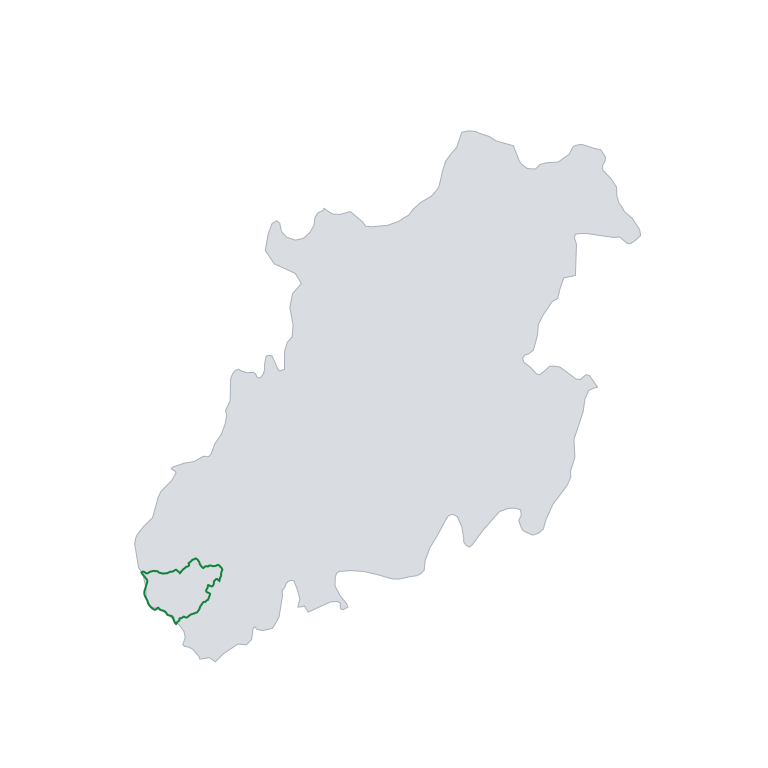 Severno-Backi on a map of Republic of Serbia (Albers equal-area conic projection), rotated 254°
{"feature_id": "SRB-274", "entity_name": "Severno-Backi", "entity_type": "District", "adm_level": 1, "iso_a3": "SRB", "parent_name": "Republic of Serbia", "parent_adm1": "", "projection": "albers", "projection_center": [19.626, 45.896], "detail": "fine", "context": "in_parent", "style": "outline", "palette": "green", "viewbox_px": 768, "rotation_deg": 254, "n_neighbors": 0, "source": "natural_earth", "source_scale": "10m", "svg_char_len": 7374}
<svg xmlns="http://www.w3.org/2000/svg" viewBox="0 0 768 768"><g transform="rotate(254 384 384)"><path d="M425.5,292.4L442.7,297.4L450.5,302.3L454.8,308.8L465.8,312.9L483.6,314.6L496.1,321.0L503.4,332.3L514.7,329.2L529.8,311.6L545.1,306.7L560.5,314.2L569.0,320.6L570.6,325.8L567.2,328.1L558.7,327.4L551.9,330.9L546.7,338.5L546.2,346.6L550.3,354.9L555.9,360.5L563.0,363.5L566.9,367.8L567.6,373.4L569.4,374.8L565.6,377.6L561.4,381.6L559.2,388.4L559.0,399.2L545.7,408.1L540.6,409.9L538.5,415.5L535.5,431.5L536.3,443.3L538.4,449.3L539.4,454.2L544.0,460.2L548.4,469.3L551.5,481.5L557.8,490.8L573.4,499.5L581.2,504.7L587.1,512.3L591.6,519.2L604.6,528.2L604.0,535.0L601.5,541.7L598.7,544.9L592.7,553.7L586.8,558.7L577.3,574.1L561.3,575.5L557.5,576.8L551.6,581.2L548.9,588.7L552.0,594.7L551.9,600.7L549.4,612.7L553.7,625.2L559.6,630.7L560.6,634.0L559.9,640.0L551.8,652.3L549.4,656.9L541.0,659.4L538.0,658.3L533.5,654.3L529.4,653.2L519.4,658.5L509.1,661.8L500.9,659.7L492.9,659.7L487.4,661.8L483.2,662.7L475.1,668.2L462.0,672.3L455.9,671.6L453.5,666.8L450.9,659.8L452.0,656.6L460.6,650.9L461.4,645.6L472.9,620.0L475.0,611.7L475.1,609.0L471.8,607.3L465.2,607.5L435.5,597.9L436.5,586.1L427.8,579.9L418.3,574.5L416.7,568.2L406.1,555.6L398.4,548.6L388.7,545.1L380.4,540.0L375.3,536.9L373.0,531.0L373.0,527.4L370.4,524.1L366.4,524.5L359.7,529.3L351.5,533.5L350.0,536.5L353.1,543.6L355.4,548.0L354.4,552.3L351.9,557.7L335.9,569.9L334.2,574.1L337.3,580.7L335.4,583.9L322.0,588.4L322.3,584.8L321.4,578.9L313.6,572.7L302.7,567.9L278.5,551.4L269.2,549.2L260.9,547.3L249.0,539.3L242.9,537.9L236.2,532.2L221.5,512.9L209.1,502.4L200.6,497.1L198.2,491.9L197.7,486.6L198.0,484.8L204.5,477.3L209.4,476.2L215.8,476.0L220.0,479.8L225.5,480.6L228.6,475.8L230.2,468.8L229.5,459.8L216.3,439.0L205.0,424.4L203.7,421.2L206.2,418.5L210.2,417.1L214.4,418.3L225.4,419.4L236.1,418.0L239.7,414.5L239.7,409.7L235.8,405.3L223.5,393.4L213.8,382.8L202.5,374.7L194.1,371.4L191.7,367.3L190.7,362.9L191.7,354.9L192.3,344.7L194.3,338.3L201.9,326.2L209.2,313.4L213.7,301.0L216.1,289.6L215.2,286.3L211.5,283.8L203.6,281.3L192.6,283.4L183.2,287.5L179.5,287.8L178.3,282.7L179.8,280.4L182.8,280.7L185.1,281.7L187.7,279.4L189.3,272.5L185.6,248.3L192.6,246.3L192.7,242.7L193.4,239.7L200.5,243.9L210.6,244.0L219.5,243.2L220.8,240.9L220.7,237.4L218.9,234.7L215.8,232.6L213.5,229.2L207.6,227.7L189.0,218.9L179.9,209.6L180.3,199.9L183.0,194.5L186.2,192.7L185.2,190.8L174.8,186.2L171.2,179.9L174.3,171.8L169.0,155.4L163.4,145.2L169.0,140.8L169.8,134.6L170.3,131.1L172.6,131.2L181.7,127.1L184.9,123.7L186.9,119.8L189.0,118.8L195.1,123.1L201.4,123.5L208.6,120.9L213.9,117.1L220.3,114.0L223.3,111.8L227.0,108.5L234.5,98.5L242.9,96.4L254.3,99.0L266.5,99.8L275.6,97.5L298.9,100.3L303.9,102.6L307.1,105.1L313.3,113.6L319.2,124.6L327.4,129.7L337.2,135.6L342.2,140.0L349.7,153.2L355.7,159.6L357.6,159.3L359.5,157.6L360.8,156.2L362.4,157.4L362.5,161.4L363.0,170.3L361.8,179.9L364.0,188.8L364.1,191.6L362.6,194.2L362.9,196.5L364.9,198.9L373.0,204.7L380.5,213.8L389.1,220.1L397.0,224.1L402.0,224.3L410.3,231.5L426.6,236.5L431.8,238.3L435.4,241.2L438.0,244.7L438.3,248.5L435.8,250.4L432.5,255.6L431.2,261.8L428.6,263.5L426.0,263.6L424.2,265.5L424.7,268.2L426.9,270.7L430.3,272.9L436.8,275.1L443.3,278.4L443.3,281.0L442.0,284.0L433.9,285.3L427.9,285.9L425.2,287.2L425.5,292.4Z" fill="#d9dde1" stroke="#a8b0b8" stroke-width="1"/><path d="M253.0,98.0L259.2,102.0L261.0,102.3L269.5,98.8L269.8,99.1L270.0,99.5L270.2,100.0L270.2,100.3L269.9,101.1L269.6,101.5L269.0,102.1L268.1,102.8L267.8,103.0L267.5,103.3L267.3,103.7L267.2,104.0L267.2,104.3L267.3,104.7L267.6,106.2L267.7,106.5L268.0,107.3L268.1,107.6L268.1,108.0L267.9,108.6L267.9,108.9L267.9,110.0L267.9,110.8L267.8,111.2L267.1,112.5L267.0,112.9L266.9,113.7L266.7,114.1L266.5,114.5L266.3,114.8L266.0,115.0L265.1,115.4L264.8,115.7L264.6,116.0L264.2,116.6L263.9,117.1L263.6,117.7L263.5,118.0L262.9,118.7L262.8,118.9L262.8,119.1L262.7,119.9L262.3,120.8L262.3,121.0L262.3,121.8L262.2,122.1L262.0,122.9L261.9,123.2L262.2,124.9L262.3,125.8L262.4,126.5L262.4,126.9L262.4,127.2L262.0,128.5L262.0,128.9L262.1,129.9L262.3,130.4L262.4,130.8L262.7,131.8L262.8,132.3L262.8,132.6L262.8,132.9L262.7,133.1L262.4,133.3L261.8,133.6L261.5,133.8L260.9,134.3L260.5,134.6L259.8,135.0L259.2,135.4L258.4,135.7L260.6,138.9L261.3,140.0L261.4,140.3L261.7,141.3L261.8,141.6L262.0,142.0L262.6,142.9L262.8,143.2L262.8,143.5L262.7,144.6L262.7,145.3L262.8,145.7L262.9,145.9L263.1,146.3L263.2,146.5L263.4,146.7L263.6,146.8L263.9,146.8L264.5,146.8L265.6,146.7L266.7,149.7L267.1,150.3L267.7,151.1L267.8,151.3L267.9,151.5L267.9,151.9L267.8,152.7L267.8,153.0L267.9,153.4L268.2,154.4L268.3,154.9L268.2,155.0L267.8,155.3L266.8,156.2L266.5,156.4L265.4,156.7L264.5,157.1L264.2,157.2L263.4,157.3L261.8,157.3L261.5,157.3L261.1,157.4L260.3,157.8L259.3,158.1L258.7,158.3L256.9,159.5L257.4,160.8L257.8,161.6L257.9,162.1L257.9,162.5L257.9,163.0L257.5,163.7L257.1,164.3L257.1,164.6L257.1,164.8L257.2,165.1L257.4,165.3L257.6,165.6L257.5,166.5L257.4,166.9L257.3,167.3L256.7,168.2L256.3,168.8L256.0,169.5L255.7,170.6L255.6,171.0L255.6,171.4L255.6,172.3L255.7,173.1L255.8,173.5L255.9,173.9L255.9,174.2L255.8,174.5L255.8,174.8L255.6,175.0L255.1,175.5L254.4,175.8L253.6,176.2L253.4,176.3L252.8,176.8L252.6,176.9L252.3,177.0L251.7,177.2L250.2,177.5L249.4,176.9L247.9,175.8L247.5,175.6L247.1,175.4L246.8,175.2L246.0,175.0L245.0,174.7L244.6,174.5L244.1,174.2L243.9,174.0L242.9,173.1L242.4,172.7L241.5,172.3L240.1,171.5L241.4,170.6L242.4,170.0L242.6,169.8L242.7,169.4L242.8,169.1L242.7,168.8L242.6,168.6L242.0,167.7L241.7,166.9L241.4,166.5L241.0,166.1L240.6,165.9L239.4,165.6L238.8,165.3L237.7,164.4L237.4,164.1L237.2,163.9L237.1,163.5L237.0,163.0L236.9,162.8L236.9,162.5L237.1,162.2L237.3,161.9L237.6,161.5L238.8,160.2L239.2,159.6L238.8,159.3L238.2,158.9L237.2,158.5L236.7,158.2L235.6,156.9L235.0,156.4L234.7,156.2L234.2,156.0L233.9,156.0L233.5,156.0L233.3,156.1L233.1,156.2L232.8,156.4L232.5,156.6L232.1,157.1L231.5,157.9L231.3,158.2L230.8,158.6L230.5,158.8L230.3,158.9L230.1,158.9L229.9,158.9L229.4,158.7L229.2,158.5L228.7,158.0L227.6,157.3L226.8,156.6L225.3,155.6L225.1,155.3L224.9,155.0L224.9,154.8L224.9,154.0L224.8,153.7L224.7,153.5L224.5,153.2L224.0,152.6L223.9,152.4L223.8,152.2L223.8,151.9L224.2,150.8L224.2,150.5L224.0,150.2L223.8,149.8L223.2,149.0L223.0,148.6L222.9,148.5L221.9,147.5L221.6,147.1L220.9,146.2L220.5,145.8L219.9,145.4L218.8,144.7L218.4,144.4L217.5,143.3L216.8,142.4L216.3,141.8L216.1,141.5L216.0,141.2L215.9,140.8L215.9,140.5L216.0,139.8L216.0,139.4L215.9,139.1L215.7,138.4L215.7,138.1L215.8,137.0L215.7,135.6L215.7,134.8L215.5,134.1L215.1,133.2L214.8,132.2L214.2,131.3L214.1,130.9L214.0,130.6L214.0,130.3L214.0,129.9L214.0,129.6L214.2,129.2L214.4,128.8L214.7,128.5L215.0,128.2L215.3,127.9L215.4,127.7L215.5,127.5L215.5,127.3L215.6,127.1L215.5,126.9L214.8,124.9L214.8,124.5L214.8,124.2L215.0,123.2L215.0,122.9L214.9,122.7L214.7,122.6L213.7,122.4L213.3,122.2L212.6,121.0L212.5,120.6L212.2,119.8L212.0,119.5L211.8,119.3L211.1,118.7L210.9,118.4L210.6,118.0L211.5,117.4L213.4,117.0L217.2,116.9L218.9,116.4L220.0,115.2L220.7,113.7L221.6,112.4L222.8,111.8L224.0,111.7L224.8,111.3L226.6,109.9L227.3,108.9L227.8,107.8L228.5,106.8L231.2,105.3L231.0,104.1L230.2,102.8L230.0,101.6L231.5,99.9L233.9,98.3L236.4,97.2L238.3,96.8L240.5,96.9L246.4,95.7L248.6,95.8L250.7,96.5L253.0,98.0Z" fill="none" stroke="#15803d" stroke-width="2"/></g></svg>